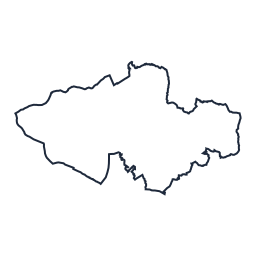 Mintiu Gherlii, Cluj, Romania
{"feature_id": "2599482B84488457525620", "entity_name": "Mintiu Gherlii", "entity_type": "district", "adm_level": 2, "iso_a3": "ROU", "parent_name": "Romania", "parent_adm1": "Cluj", "projection": "mercator", "projection_center": [23.941, 47.068], "detail": "fine", "context": "isolated", "style": "outline", "palette": "slate", "viewbox_px": 256, "rotation_deg": 0, "n_neighbors": 0, "source": "geoboundaries", "source_scale": "gbopen_adm2", "svg_char_len": 5878}
<svg xmlns="http://www.w3.org/2000/svg" viewBox="0 0 256 256"><path d="M145.7,189.3L149.7,189.5L151.9,190.4L155.1,190.5L159.4,191.2L160.1,191.5L164.6,194.1L164.9,192.5L163.6,191.6L167.2,188.0L169.6,186.4L170.7,184.3L171.7,181.7L172.3,180.8L172.6,179.3L173.7,179.2L175.2,179.7L176.8,179.8L177.0,179.8L177.5,178.6L178.0,179.2L178.8,179.0L179.1,178.7L178.9,177.7L178.9,176.6L178.7,176.2L178.8,175.3L181.5,175.6L182.4,174.4L184.3,174.2L185.3,174.6L186.6,174.6L186.6,172.9L188.3,172.4L189.9,171.5L190.2,171.1L190.5,169.8L191.0,168.9L191.1,168.0L191.5,167.2L191.4,166.9L191.7,166.4L191.9,165.7L192.5,164.8L192.4,164.4L191.5,163.9L191.4,163.6L191.8,163.6L195.4,161.7L196.1,162.5L197.0,163.0L198.4,164.9L198.8,165.2L200.1,165.3L202.1,166.0L202.5,165.8L203.0,165.9L203.3,165.3L204.5,165.2L205.3,164.7L206.4,164.8L206.8,163.1L207.9,161.6L208.7,159.1L209.2,158.1L209.2,157.6L208.3,156.5L208.3,155.7L208.6,155.2L207.8,154.5L207.2,154.2L207.0,153.8L205.2,153.9L205.0,153.6L204.8,153.8L205.0,153.9L204.9,154.0L203.0,153.3L204.0,152.6L204.2,152.2L204.9,152.0L205.7,152.0L206.4,151.7L205.7,150.8L206.3,149.3L206.3,148.7L206.6,148.9L206.8,148.7L207.9,148.9L208.8,149.4L210.3,150.5L210.5,150.8L212.2,151.4L213.4,151.6L213.9,151.5L214.2,151.0L214.4,150.1L215.1,150.6L215.7,151.2L219.0,152.0L219.7,152.7L219.9,156.2L220.6,156.3L220.7,157.7L221.9,157.2L222.9,157.6L223.8,157.6L224.4,157.2L225.4,157.2L226.5,156.4L230.1,155.2L230.2,154.6L230.9,154.1L233.0,154.8L234.1,154.8L236.8,153.4L238.4,151.5L239.1,149.9L238.9,149.0L238.8,146.7L239.1,145.5L238.5,144.0L238.5,142.9L238.1,142.1L238.4,139.1L238.2,138.2L238.7,137.1L238.7,136.7L238.1,135.4L238.0,134.7L238.2,134.2L236.5,131.7L236.7,129.9L238.2,128.6L238.1,127.1L238.4,124.9L239.3,122.5L239.9,120.1L240.6,118.2L240.4,116.4L240.0,115.0L239.6,113.3L238.6,113.2L236.7,112.7L232.8,112.6L231.1,111.7L229.9,111.8L228.4,109.9L228.0,108.6L226.6,105.6L225.4,104.1L223.1,104.9L219.9,103.9L219.2,104.1L218.9,104.6L218.6,104.5L218.5,104.1L215.9,103.5L215.4,103.0L214.7,102.8L213.7,102.3L211.8,100.6L210.5,101.2L208.7,101.2L207.9,101.6L207.2,101.3L207.0,101.5L206.9,101.9L206.1,101.6L203.4,101.3L203.2,101.6L203.3,102.2L202.4,102.5L201.6,101.9L201.1,101.8L200.9,101.5L200.4,101.5L200.3,101.1L200.4,100.8L200.9,101.1L200.4,100.6L199.6,100.4L198.9,99.9L198.4,99.9L196.7,98.7L196.4,99.0L196.4,100.4L196.2,101.0L196.2,102.1L195.3,104.1L195.5,104.7L196.7,106.3L193.7,109.2L193.2,110.4L192.9,110.8L191.6,111.5L190.6,111.7L190.0,112.0L188.8,113.5L188.1,113.3L187.7,112.7L187.1,112.4L186.1,112.3L184.2,111.7L183.8,111.4L182.9,110.0L183.2,108.6L183.0,108.3L181.7,108.5L180.3,108.4L179.8,107.9L177.5,107.7L177.3,106.6L176.7,105.1L175.3,103.9L173.4,102.7L171.9,102.5L168.2,103.4L167.9,103.2L167.1,102.3L167.1,101.9L167.6,100.8L166.6,99.3L166.8,98.7L166.7,98.3L166.9,97.5L166.9,95.9L167.6,94.9L167.0,93.1L167.8,92.3L167.8,91.6L167.7,91.1L167.9,90.4L167.9,88.7L168.5,87.6L168.3,86.9L168.6,85.8L168.5,84.9L169.0,83.9L168.8,80.4L168.4,79.4L168.5,77.2L167.9,76.3L167.6,75.2L167.4,73.1L166.4,69.8L165.6,69.5L165.3,69.1L164.9,69.2L163.4,67.8L161.5,66.9L160.4,68.2L159.2,67.8L158.7,67.4L158.5,66.8L157.2,66.2L155.9,66.3L154.4,65.1L154.0,65.2L153.4,64.9L152.7,64.9L152.5,64.3L152.0,64.5L151.7,64.3L151.6,64.6L151.3,64.4L150.1,64.3L150.0,64.6L149.7,64.4L149.4,64.5L149.0,64.1L147.8,64.4L146.3,63.7L146.0,64.1L145.9,63.8L144.6,64.1L144.0,64.9L142.2,65.5L140.9,66.2L140.0,66.9L138.9,67.2L137.3,66.8L137.2,67.0L137.2,67.6L137.0,67.9L136.2,67.8L136.0,68.1L135.3,68.1L134.9,67.7L134.2,65.4L133.8,65.3L132.9,65.6L132.2,64.8L131.8,63.2L132.1,62.1L131.8,61.9L130.2,62.8L128.7,64.4L128.3,65.3L128.4,66.3L128.6,66.8L129.8,68.4L128.7,68.5L129.3,69.4L129.5,70.2L129.1,71.9L129.1,73.1L129.4,74.6L129.4,76.0L128.4,76.8L126.0,78.3L125.5,78.5L117.6,83.6L117.1,83.1L113.9,85.2L109.6,75.3L104.8,77.1L103.3,78.8L100.9,80.4L97.0,84.6L96.4,84.5L95.1,85.3L94.2,86.0L93.1,87.5L92.3,88.2L91.1,88.4L88.9,87.5L86.5,88.4L85.7,89.1L84.5,89.2L82.2,88.3L79.2,87.4L77.4,87.3L73.8,86.4L72.5,86.9L72.0,86.8L68.7,88.8L68.1,89.5L68.0,90.3L66.6,91.6L65.5,92.3L63.3,91.8L62.0,91.1L60.3,90.3L58.7,90.8L56.7,90.8L53.7,91.5L52.7,91.9L52.0,92.7L51.6,92.5L51.2,92.9L50.5,95.3L48.6,99.5L47.6,101.0L45.8,103.1L41.9,105.0L38.2,105.1L36.9,104.9L33.6,104.8L31.3,105.4L29.0,106.1L27.5,107.1L24.5,108.4L23.2,109.4L20.9,109.8L18.4,111.7L15.4,113.4L16.2,115.0L16.9,117.7L17.0,118.4L16.7,119.8L16.8,121.5L17.0,122.9L17.7,124.4L18.6,125.5L21.0,127.4L22.0,128.4L24.4,132.3L24.4,132.9L25.4,134.6L27.6,136.0L29.5,136.7L33.6,139.3L43.7,143.4L44.0,144.6L43.9,146.4L44.8,151.1L45.0,153.4L45.9,156.0L46.8,157.7L49.9,161.0L52.8,163.7L57.0,162.6L58.5,162.4L63.6,163.3L65.1,164.6L73.6,167.8L73.3,169.0L78.7,171.5L80.6,172.2L82.4,173.7L83.9,174.4L84.6,174.5L85.3,175.2L87.0,176.5L88.0,176.8L88.4,177.3L89.0,177.5L89.5,177.4L89.8,177.7L89.8,178.0L90.5,178.4L91.5,178.7L91.8,179.0L92.8,179.0L93.4,179.9L93.9,179.9L96.3,181.6L97.1,181.7L98.4,182.5L99.5,182.9L100.7,183.9L105.8,177.3L107.4,172.4L108.5,167.9L108.9,163.6L109.0,159.0L109.0,154.2L110.5,154.0L114.0,153.9L118.5,152.3L120.0,153.0L120.1,153.7L119.9,154.5L121.7,154.3L121.7,154.8L121.2,155.1L120.5,155.9L120.2,156.7L120.3,157.2L120.7,157.6L122.0,157.9L122.3,158.2L122.3,158.6L121.5,159.2L121.4,159.5L121.6,159.9L122.1,160.0L122.8,159.5L123.3,159.5L124.0,159.8L124.4,160.2L124.5,160.9L124.3,162.9L124.4,164.8L126.4,165.8L128.1,167.2L128.0,167.3L126.3,165.9L125.6,167.4L125.8,167.8L125.3,168.8L126.0,169.8L127.3,170.6L127.6,171.4L127.9,171.9L128.7,171.1L128.4,170.7L129.9,169.5L131.9,167.3L132.2,167.6L133.0,166.7L132.8,166.6L133.4,165.9L134.9,166.8L135.0,169.0L134.2,168.7L132.6,170.7L131.6,171.7L134.1,174.1L133.5,174.7L134.7,175.9L133.8,178.1L135.0,179.6L136.3,178.6L142.4,174.9L143.7,178.4L144.5,178.9L144.7,180.7L145.3,181.0L145.6,181.3L145.3,182.4L145.3,183.0L146.1,184.0L146.1,186.0L145.5,186.8L145.4,187.4L145.8,188.7L145.7,189.3Z" fill="none" stroke="#1e293b" stroke-width="2"/></svg>